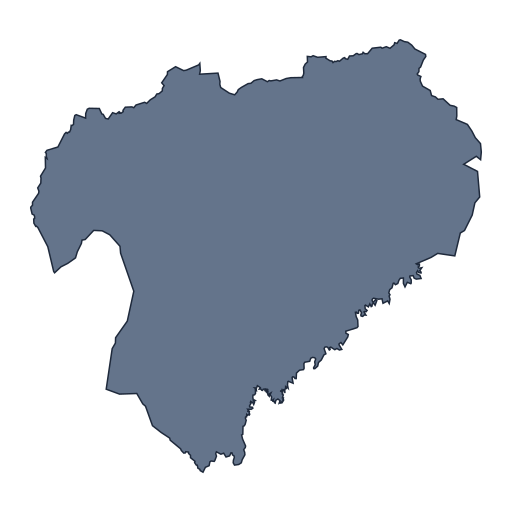 Tlatlaya, México, Mexico (Natural Earth projection)
{"feature_id": "50627088B20877208708559", "entity_name": "Tlatlaya", "entity_type": "district", "adm_level": 2, "iso_a3": "MEX", "parent_name": "Mexico", "parent_adm1": "México", "projection": "natural_earth1", "projection_center": [-100.235, 18.522], "detail": "fine", "context": "isolated", "style": "filled", "palette": "slate", "viewbox_px": 512, "rotation_deg": 0, "n_neighbors": 0, "source": "geoboundaries", "source_scale": "gbopen_adm2", "svg_char_len": 5974}
<svg xmlns="http://www.w3.org/2000/svg" viewBox="0 0 512 512"><path d="M57.9,147.0L47.0,150.3L45.4,152.4L46.3,153.5L46.3,156.4L47.0,158.6L45.3,157.4L45.5,168.0L40.5,176.2L41.0,178.0L40.8,183.1L37.7,187.9L38.9,191.2L38.6,193.3L32.5,202.2L32.5,205.2L30.8,207.1L30.7,208.0L32.1,214.0L34.1,215.1L34.6,216.5L34.6,218.5L33.7,219.0L33.9,223.2L35.7,226.3L36.1,226.0L37.8,227.4L47.8,246.7L53.7,271.5L54.6,272.8L61.0,266.8L67.7,263.4L75.5,257.9L77.3,251.8L81.4,243.5L82.0,240.1L85.2,239.5L93.7,230.4L102.2,230.8L109.8,234.8L120.0,246.3L120.6,253.2L133.8,291.2L127.3,321.1L115.6,337.7L115.4,343.1L112.2,348.6L106.2,389.2L119.5,394.1L136.8,393.5L142.8,403.9L145.5,406.2L152.5,425.7L161.2,432.5L169.7,438.1L170.2,440.2L180.6,448.8L181.3,450.5L183.8,453.1L185.3,452.9L185.8,451.7L188.5,452.1L188.6,453.5L190.5,455.3L190.5,457.7L195.0,461.3L194.6,462.6L196.3,465.1L197.3,465.2L197.9,468.2L199.8,469.3L200.2,470.6L203.0,472.2L205.4,467.3L209.1,465.7L209.9,461.8L211.1,461.0L214.2,461.4L214.8,460.6L216.5,456.1L215.7,453.7L216.4,451.8L220.9,454.2L223.7,453.2L226.0,457.0L229.6,455.9L231.0,452.8L232.0,452.9L232.5,454.9L234.1,456.0L234.3,457.6L233.4,460.2L233.2,462.8L234.5,465.1L238.7,464.5L241.3,462.8L242.2,459.7L244.9,454.8L244.7,452.3L243.7,449.7L245.3,447.5L245.6,446.0L242.6,439.1L241.6,435.0L242.8,434.3L243.0,426.3L244.3,425.8L245.2,424.2L246.2,420.3L245.4,418.2L245.6,417.0L246.5,416.9L246.7,414.4L247.7,415.3L248.4,414.5L249.3,415.0L249.7,414.3L249.0,412.0L249.4,411.6L249.1,411.0L247.9,411.2L248.2,410.1L247.6,409.2L251.2,409.3L252.8,408.3L252.5,407.3L249.7,406.9L249.5,405.9L251.0,403.3L250.4,402.7L250.7,401.4L252.8,402.7L253.7,404.5L254.5,402.3L253.8,401.0L255.3,400.6L254.5,400.0L253.4,400.6L252.8,397.3L253.0,395.1L254.6,394.8L255.5,393.4L255.4,390.0L256.4,390.6L256.2,389.1L254.7,387.9L256.6,387.9L257.4,385.7L260.3,387.6L259.3,389.1L260.7,389.0L261.8,390.3L262.5,390.4L263.3,389.2L265.4,389.0L265.1,390.0L265.9,389.5L265.9,390.9L268.0,388.9L266.6,391.8L266.8,392.3L267.9,391.7L267.6,393.5L268.1,395.2L269.2,396.2L269.2,393.9L270.9,392.9L270.1,394.6L271.6,397.0L271.2,400.1L272.4,400.3L273.4,399.5L272.9,401.2L274.4,401.4L274.4,402.6L275.2,403.1L275.8,400.3L277.9,399.0L280.0,400.6L279.2,403.2L281.0,402.2L280.9,403.0L282.0,402.8L283.6,400.2L283.5,399.6L282.9,399.7L283.4,397.9L282.4,397.8L283.3,394.9L282.4,394.4L282.7,393.0L281.5,392.8L282.0,392.8L282.2,391.7L280.1,391.0L281.6,390.8L281.9,390.1L282.2,391.0L283.4,391.0L283.4,389.7L284.5,389.7L284.9,393.1L284.8,389.4L285.5,388.9L285.6,386.9L286.5,388.1L287.0,386.9L288.1,388.1L287.5,384.9L287.8,381.7L288.4,381.3L293.1,383.2L292.1,377.8L292.5,376.9L293.8,376.9L295.1,378.6L296.2,378.6L296.5,373.0L299.5,370.2L303.5,369.6L304.1,368.3L303.9,363.5L304.8,362.2L309.7,361.3L310.7,358.3L312.5,357.4L314.7,357.7L315.7,359.0L314.7,361.9L315.2,364.8L313.6,367.7L313.7,368.6L314.8,368.7L317.7,366.1L318.5,362.5L321.3,360.0L323.9,354.9L325.9,353.8L324.1,348.6L324.8,347.2L326.2,346.8L327.7,347.3L329.3,350.0L330.1,349.5L329.7,347.5L330.8,347.1L334.8,349.7L336.9,348.5L339.4,350.0L341.8,349.4L339.0,344.7L339.1,343.8L340.9,342.5L342.8,344.9L347.8,336.9L348.3,334.5L345.9,333.2L345.8,331.2L357.0,327.7L358.0,326.5L357.7,320.0L356.2,316.7L355.4,312.3L356.3,312.1L357.3,313.3L358.4,313.2L358.8,310.3L359.9,309.9L361.5,312.7L360.8,315.0L361.1,316.0L362.7,316.4L364.4,314.9L365.9,315.1L364.0,311.9L364.7,311.4L366.1,311.7L367.1,310.4L365.2,308.8L364.9,305.6L365.5,305.1L368.4,306.9L369.8,303.9L371.2,306.6L372.1,306.0L372.1,304.5L373.5,303.0L375.1,305.2L376.8,300.6L375.3,300.0L373.0,302.4L372.0,300.1L372.5,298.9L373.6,298.2L378.4,299.2L382.0,298.8L383.0,303.3L387.7,300.9L389.2,303.5L390.0,299.2L389.1,296.0L390.0,294.8L388.8,292.9L389.7,289.6L392.0,287.8L393.2,283.3L394.0,283.1L395.4,284.7L397.8,283.5L398.9,280.3L400.3,278.3L403.4,278.0L403.4,283.4L405.0,286.9L407.3,282.3L410.8,283.7L411.2,283.1L411.2,279.8L409.7,277.0L409.9,276.0L413.1,275.6L414.2,278.2L416.3,279.1L421.1,278.5L419.9,275.4L417.0,274.1L416.5,272.6L417.6,270.7L418.6,272.5L421.0,273.0L421.1,272.2L419.8,270.6L421.8,267.7L419.4,268.2L418.4,267.8L418.2,266.9L419.4,266.0L419.4,264.2L417.5,264.7L416.2,263.8L431.1,257.4L437.7,253.4L454.8,255.9L460.3,233.0L464.5,230.5L472.2,215.1L474.9,202.8L479.7,197.0L477.5,171.4L463.7,164.3L476.3,156.3L480.6,159.7L481.3,152.1L480.5,143.6L475.3,137.7L471.9,131.1L467.4,124.4L456.2,119.6L456.8,116.0L456.7,107.5L454.1,106.1L450.1,105.3L443.1,98.8L438.0,99.3L435.4,96.9L431.6,95.6L430.2,90.5L422.5,86.1L420.3,81.2L420.1,79.0L420.9,76.5L417.7,75.0L417.2,74.0L418.9,71.7L419.0,68.4L420.6,67.0L423.3,60.1L425.8,56.5L425.5,54.4L414.9,49.0L411.7,45.1L407.8,42.2L404.3,41.6L400.4,39.8L399.2,40.1L397.1,43.4L394.7,42.7L394.1,44.8L390.0,48.3L386.3,46.7L382.1,48.2L380.8,47.2L372.2,48.2L367.6,53.7L364.8,53.7L363.1,52.3L362.4,53.8L358.9,54.6L357.1,53.5L356.2,53.6L353.2,55.8L349.5,56.0L347.7,59.3L345.3,58.7L344.7,57.6L343.2,58.1L339.4,61.3L337.9,60.7L336.0,61.6L334.6,61.3L333.0,62.6L332.0,61.0L330.1,60.8L325.9,58.2L326.0,56.6L317.6,57.3L313.1,55.7L311.1,56.8L307.3,56.4L307.5,62.0L305.2,64.1L303.5,67.5L303.8,73.1L303.2,75.6L302.3,76.5L302.5,77.5L290.9,77.7L286.2,78.5L279.9,81.0L276.6,79.9L270.8,80.9L269.2,80.5L267.4,81.7L261.8,78.8L257.3,79.6L254.1,80.6L250.9,83.3L248.1,83.6L241.4,87.4L238.3,89.6L237.2,92.0L234.7,94.8L229.4,93.2L220.7,87.5L219.8,84.3L220.0,81.4L218.0,73.1L199.6,74.2L200.3,70.7L199.8,63.4L198.7,64.9L186.2,70.2L183.6,70.6L175.6,66.7L167.5,71.7L167.4,74.5L161.7,82.8L164.1,85.6L162.4,88.4L162.3,90.9L159.1,93.6L156.8,94.0L155.1,96.8L150.3,99.8L146.7,103.4L144.6,102.3L136.0,105.0L133.8,107.7L131.9,106.9L125.3,107.2L123.0,110.3L123.2,111.6L121.2,113.2L119.4,113.3L119.9,112.4L119.1,111.7L116.2,113.9L112.6,112.7L108.2,119.0L105.5,118.4L103.2,114.4L101.8,113.9L99.3,108.5L89.1,108.3L87.3,109.2L85.7,113.5L85.6,118.1L76.2,114.7L74.8,115.5L73.7,120.1L73.5,124.4L72.1,125.5L71.2,125.3L70.7,129.5L69.5,132.1L68.4,132.1L67.4,133.3L66.1,132.4L64.5,134.0L57.9,147.0Z" fill="#64748b" stroke="#1e293b" stroke-width="1.5"/></svg>